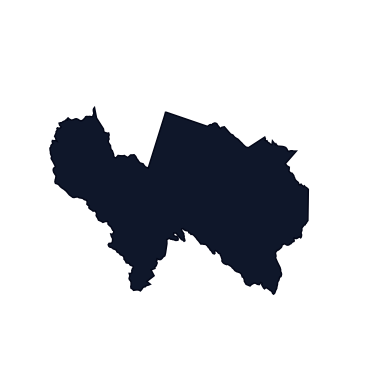 outline of Canindé, Ceará, Brazil, rotated 327°
{"feature_id": "56859067B68432351022715", "entity_name": "Canindé", "entity_type": "district", "adm_level": 2, "iso_a3": "BRA", "parent_name": "Brazil", "parent_adm1": "Ceará", "projection": "equal_earth", "projection_center": [-39.487, -4.403], "detail": "fine", "context": "isolated", "style": "filled", "palette": "ink", "viewbox_px": 384, "rotation_deg": 327, "n_neighbors": 0, "source": "geoboundaries", "source_scale": "gbopen_adm2", "svg_char_len": 5995}
<svg xmlns="http://www.w3.org/2000/svg" viewBox="0 0 384 384"><g transform="rotate(327 192 192)"><path d="M282.9,185.6L263.7,185.6L262.2,184.4L261.5,183.2L260.7,180.1L260.4,177.9L260.0,176.5L259.3,172.8L258.2,170.7L257.7,169.5L257.4,168.2L257.4,166.8L256.8,165.7L255.9,164.5L254.6,154.9L252.1,154.0L250.5,154.3L250.2,153.2L249.9,150.2L250.0,148.2L249.3,147.1L248.4,146.4L246.4,146.1L245.3,146.6L244.5,145.7L243.5,145.3L240.7,145.4L213.9,111.2L213.2,110.7L210.9,112.8L168.2,148.2L167.4,146.7L166.6,145.8L166.3,143.6L166.3,141.7L164.2,139.3L163.9,137.0L164.0,135.7L163.8,133.9L164.1,132.2L164.1,131.1L163.7,129.2L162.6,128.7L160.6,127.5L158.3,128.0L156.7,127.9L155.1,124.5L154.0,124.2L151.5,122.5L149.9,121.1L146.7,122.0L146.0,121.1L145.7,119.8L146.2,118.6L146.7,117.7L147.6,114.0L147.3,112.5L147.6,111.2L148.2,109.9L148.9,108.7L148.8,105.4L149.4,103.7L150.2,103.0L151.2,102.5L151.7,101.4L151.9,100.3L153.0,99.6L153.7,98.8L154.2,97.1L153.2,96.8L150.9,94.1L151.1,93.0L152.1,90.8L152.2,78.0L156.2,68.1L155.2,68.4L154.3,69.0L153.4,70.3L152.9,71.7L152.1,73.1L151.2,73.5L150.3,74.3L149.4,74.6L148.4,73.9L147.5,73.0L145.8,72.1L144.9,71.3L143.7,71.0L142.4,71.7L139.2,72.3L137.6,71.9L136.7,70.7L135.8,68.7L134.8,67.5L133.5,67.0L132.5,66.9L130.2,66.3L129.3,65.0L128.7,63.7L128.4,62.4L127.2,62.6L126.7,63.8L125.7,62.9L124.5,63.2L122.1,62.8L120.3,62.9L119.4,62.3L118.0,61.9L117.4,63.9L117.8,66.2L116.5,66.6L115.2,66.1L114.1,64.9L113.2,65.3L113.0,66.6L111.0,67.3L110.2,68.5L107.1,70.5L107.1,71.9L106.6,74.2L106.4,75.9L105.5,74.4L104.5,74.1L103.0,72.8L102.2,73.5L101.6,75.6L99.2,76.1L98.1,77.4L96.8,77.8L95.8,79.6L95.2,81.2L94.3,82.6L93.9,84.3L93.8,85.8L92.8,86.5L92.1,87.3L92.0,90.5L91.4,96.2L90.1,96.7L88.9,96.7L88.0,97.4L87.3,98.5L86.8,100.1L86.7,102.9L86.9,104.0L86.2,105.1L84.9,106.5L84.1,107.1L82.6,108.8L82.2,110.4L83.5,111.9L84.1,113.0L84.4,114.4L84.5,115.8L85.3,118.2L86.0,119.6L87.0,122.8L87.6,127.6L89.1,131.5L90.1,132.4L91.9,133.0L93.7,134.1L94.2,135.3L96.2,137.1L97.0,138.0L97.5,139.7L98.6,140.9L99.1,142.1L98.6,143.4L97.2,145.0L97.6,146.6L98.3,147.2L96.9,149.2L97.3,150.8L98.0,152.2L98.6,154.1L100.5,155.2L100.5,156.9L100.1,158.5L99.0,159.2L98.6,160.6L98.7,162.2L98.3,164.7L100.1,167.4L100.7,168.9L103.4,169.6L105.3,170.9L104.7,172.3L104.1,173.1L104.5,175.4L105.0,176.5L105.1,177.7L104.9,179.4L104.7,180.9L105.2,181.8L104.7,182.9L102.9,184.0L101.9,183.9L101.0,183.0L100.2,185.6L100.2,186.9L99.9,188.1L98.6,189.9L97.5,190.8L96.6,191.1L94.4,189.9L93.0,190.6L92.7,192.2L93.0,193.3L94.0,194.4L94.8,195.7L95.0,196.8L95.8,197.7L96.4,198.7L96.8,199.8L96.5,201.5L97.7,203.6L97.7,205.5L99.1,207.4L99.5,209.0L99.0,210.5L98.4,211.2L98.6,212.4L98.6,214.0L98.3,215.6L100.5,217.7L100.3,219.3L101.0,220.7L101.9,221.4L102.0,222.5L101.3,223.6L100.2,223.9L98.7,225.1L98.0,226.5L97.3,227.0L96.4,227.0L95.0,226.1L94.3,228.4L92.2,230.2L91.8,231.5L92.1,232.7L91.8,234.5L90.3,236.9L89.3,237.8L88.5,239.4L89.3,241.1L89.4,242.6L92.0,243.8L93.5,244.8L94.3,245.7L94.8,246.8L96.3,246.5L98.9,245.4L99.9,245.4L101.0,246.0L102.2,245.7L103.3,245.8L104.6,246.3L106.8,246.7L105.4,242.4L114.6,241.6L115.2,235.0L119.3,235.9L119.9,234.6L120.8,234.6L121.8,234.3L124.2,232.5L124.2,230.7L125.1,230.5L125.7,229.4L126.5,228.9L127.1,230.1L127.9,231.0L129.0,231.6L130.7,231.4L132.2,230.8L134.5,230.7L136.6,228.7L142.8,221.7L143.6,220.4L144.9,218.2L147.8,218.4L148.3,219.8L149.4,220.7L150.0,221.5L150.8,222.1L151.7,223.5L152.7,224.2L154.0,224.7L154.9,223.8L155.2,222.4L155.0,220.9L153.9,220.0L153.2,219.2L153.4,217.5L154.3,216.5L155.4,217.2L156.3,217.9L157.1,225.1L157.5,226.6L158.2,227.4L158.5,229.0L159.5,229.0L160.1,227.5L160.6,225.6L161.4,224.8L161.7,223.3L162.4,222.6L162.4,219.4L162.6,218.1L163.5,217.3L164.6,217.8L164.9,219.6L166.0,221.2L166.9,221.9L167.7,223.0L167.2,224.4L168.0,225.5L168.1,227.0L169.2,227.6L169.9,229.1L170.5,232.7L170.5,234.5L170.9,236.8L171.1,240.5L172.2,241.1L173.7,242.5L174.8,243.1L175.6,245.7L175.5,246.9L175.9,248.8L175.7,250.4L176.2,252.2L176.1,253.3L176.1,254.9L177.0,256.1L177.9,255.9L178.4,254.2L179.7,253.9L180.3,254.7L180.8,255.8L180.8,257.0L181.1,258.1L181.9,258.9L181.5,260.5L181.4,261.7L180.5,265.0L179.5,266.2L179.5,268.1L180.0,269.6L180.7,270.7L181.6,271.8L182.5,272.0L183.0,272.9L184.5,276.1L184.5,277.5L185.0,279.0L185.2,281.3L186.2,283.3L187.3,284.5L188.5,286.3L188.7,288.1L187.9,290.6L188.7,291.6L188.0,294.3L187.3,295.3L187.1,298.9L189.5,302.4L191.4,302.0L193.2,302.1L194.6,302.3L195.7,303.2L196.3,304.6L197.0,305.5L198.1,306.3L200.5,305.3L201.0,306.7L200.1,307.6L199.9,308.7L199.8,311.6L200.1,312.7L202.1,312.4L203.5,315.5L204.0,317.3L204.7,318.3L204.7,319.5L204.4,321.0L204.8,322.1L206.1,321.9L207.3,321.1L208.5,320.1L209.3,319.7L210.5,319.0L211.4,317.9L213.4,316.0L214.2,314.8L215.3,313.9L216.6,313.4L219.2,311.1L220.2,311.4L221.1,311.0L222.4,309.6L222.9,308.1L223.1,306.7L224.0,305.5L224.7,303.3L225.4,297.2L226.2,292.6L227.2,291.9L227.9,290.8L228.4,289.2L229.3,288.1L231.8,287.3L232.9,287.7L236.3,287.2L237.4,286.8L238.3,285.9L239.1,285.3L240.0,285.7L241.2,285.7L242.0,286.7L242.4,287.8L243.5,288.8L244.7,289.1L245.8,289.0L246.7,289.2L249.0,288.6L250.6,289.0L251.4,288.1L251.8,286.6L252.7,286.1L253.2,287.0L254.2,287.9L255.2,288.1L257.7,288.1L258.2,289.6L259.2,289.2L260.2,288.1L260.7,287.3L261.1,285.7L263.4,283.9L264.3,282.2L265.6,281.6L268.1,280.8L269.1,281.1L270.1,280.3L271.0,280.3L271.9,279.7L273.6,279.1L291.0,253.1L290.7,251.7L290.3,250.5L289.7,249.4L289.6,248.0L288.3,248.2L288.2,246.9L287.7,245.9L287.7,244.8L286.5,244.8L285.6,244.0L286.1,242.9L286.3,241.8L285.5,239.2L285.3,237.6L285.7,236.1L285.9,234.6L286.3,233.5L286.1,230.7L285.2,229.9L284.8,228.5L284.7,227.3L287.1,224.2L285.9,221.8L285.8,220.3L285.6,219.1L301.8,214.5L299.6,213.1L298.4,211.9L296.6,210.9L295.4,211.0L294.7,209.4L295.0,207.4L294.8,205.7L293.6,204.0L292.3,202.8L288.9,200.2L288.6,198.9L288.6,197.3L287.7,197.7L287.3,193.0L285.5,195.1L284.7,195.8L283.9,195.0L283.5,193.2L282.6,191.4L282.8,189.8L282.0,189.6L281.5,188.3L282.5,187.4L282.9,185.6Z" fill="#0f172a" stroke="#020617" stroke-width="1.5"/></g></svg>